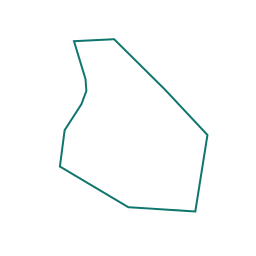 outline of Cotabato, rotated 346°
{"feature_id": "PHL-5527", "entity_name": "Cotabato", "entity_type": "Independent Component City", "adm_level": 1, "iso_a3": "PHL", "parent_name": "Philippines", "parent_adm1": "", "projection": "orthographic", "projection_center": [124.232, 7.243], "detail": "fine", "context": "isolated", "style": "outline", "palette": "teal", "viewbox_px": 256, "rotation_deg": 346, "n_neighbors": 0, "source": "natural_earth", "source_scale": "10m", "svg_char_len": 297}
<svg xmlns="http://www.w3.org/2000/svg" viewBox="0 0 256 256"><g transform="rotate(346 128 128)"><path d="M52.6,148.9L66.0,114.8L88.5,93.7L96.6,81.9L98.6,70.3L96.6,30.7L136.0,38.5L173.1,99.6L203.4,154.0L173.1,225.3L109.1,204.9L52.6,148.9Z" fill="none" stroke="#0f766e" stroke-width="2"/></g></svg>